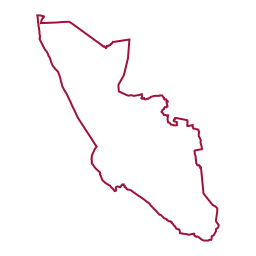 outline of Jevnaker nor, Oppland, Norway
{"feature_id": "86288312B26637374154815", "entity_name": "Jevnaker nor", "entity_type": "district", "adm_level": 2, "iso_a3": "NOR", "parent_name": "Norway", "parent_adm1": "Oppland", "projection": "mercator", "projection_center": [10.399, 60.283], "detail": "fine", "context": "isolated", "style": "outline", "palette": "rose", "viewbox_px": 256, "rotation_deg": 0, "n_neighbors": 0, "source": "geoboundaries", "source_scale": "gbopen_adm2", "svg_char_len": 5782}
<svg xmlns="http://www.w3.org/2000/svg" viewBox="0 0 256 256"><path d="M162.1,95.4L160.2,95.5L159.8,95.4L159.2,95.8L158.9,95.9L154.4,95.9L153.7,96.1L150.9,96.9L150.0,97.7L148.7,98.3L148.3,98.7L146.8,98.9L145.8,99.3L145.2,99.4L144.5,99.2L144.2,99.0L144.0,98.7L144.0,98.4L143.4,98.7L142.6,98.7L142.6,98.3L141.6,98.5L141.3,98.3L141.3,98.1L141.7,97.9L142.2,97.9L142.3,97.5L142.1,96.6L141.9,96.2L141.9,95.6L141.8,95.1L141.8,94.2L139.4,94.9L138.8,95.2L137.6,95.2L135.3,95.7L133.4,95.8L132.6,95.6L132.3,95.4L130.9,95.2L129.3,95.6L128.4,95.6L127.0,95.2L118.8,91.4L118.4,84.9L123.9,75.1L128.0,58.1L129.4,39.5L113.2,42.0L112.8,41.9L112.6,42.3L112.5,42.7L112.1,43.0L111.9,43.5L111.3,43.7L111.3,43.9L111.1,44.2L110.6,44.2L110.1,45.1L109.5,45.2L108.8,45.7L108.4,45.5L108.0,46.0L106.9,46.0L106.8,46.9L106.0,48.2L105.9,48.2L105.5,47.5L105.0,47.1L104.6,46.4L104.1,46.3L103.9,46.6L103.7,46.7L102.5,46.0L102.4,45.9L102.2,45.3L102.1,45.2L101.6,45.0L99.9,43.8L72.2,23.7L70.7,22.7L69.0,21.8L62.6,22.0L56.6,22.5L41.0,23.1L41.4,20.6L41.6,20.1L42.7,18.1L43.0,17.8L43.4,17.8L43.7,17.5L43.8,17.1L43.9,16.9L43.9,16.4L41.0,15.6L39.4,15.4L37.3,15.4L37.5,16.9L37.7,17.7L37.8,19.0L37.9,19.4L37.9,20.5L37.9,21.9L38.2,23.1L38.3,23.5L38.5,24.7L38.5,26.1L39.0,28.0L39.1,29.6L39.5,31.6L39.5,33.8L39.8,35.6L40.1,35.9L40.2,36.2L40.0,36.7L40.0,37.0L39.7,37.4L39.7,37.8L39.9,38.5L39.8,38.8L39.6,39.1L40.9,41.7L41.3,42.7L41.7,43.2L42.9,45.7L45.0,49.6L46.4,51.2L47.8,53.6L48.4,55.5L48.7,56.1L49.7,57.4L50.8,60.7L51.4,62.7L52.0,64.1L52.3,65.2L53.1,66.1L54.1,67.6L54.7,68.1L54.9,68.4L55.1,68.9L55.9,69.5L56.9,70.6L58.1,71.9L58.6,73.3L59.1,74.5L59.5,75.8L60.4,78.1L60.8,81.1L61.7,83.7L62.2,85.7L62.5,86.8L64.3,90.0L66.6,93.9L70.2,101.4L70.6,102.1L72.0,105.5L74.3,110.1L77.8,117.6L81.1,122.8L90.6,137.3L94.1,142.9L96.7,146.7L94.7,149.2L93.8,151.4L93.0,153.1L92.2,154.7L91.9,155.5L91.6,157.9L91.7,158.2L91.7,158.3L91.8,158.7L91.5,159.0L91.5,159.7L91.7,159.9L91.9,160.9L91.8,161.3L91.7,161.7L91.8,162.0L91.7,162.5L91.8,162.6L91.7,162.8L92.2,164.0L93.1,164.8L94.2,166.6L95.7,168.5L97.4,170.0L98.1,170.7L98.3,171.0L99.3,171.7L100.0,172.4L99.9,172.8L100.1,173.3L100.3,173.6L100.0,173.9L100.0,174.6L100.6,175.6L102.3,179.9L102.5,180.2L104.1,181.7L104.6,182.3L105.2,182.8L108.2,184.7L108.7,185.1L109.7,185.4L110.0,185.7L111.1,187.1L111.4,187.3L111.9,187.9L113.3,189.3L113.9,190.2L114.6,190.9L114.8,191.1L115.5,190.9L115.9,190.7L116.1,190.4L116.2,190.1L116.1,189.5L115.7,188.4L115.8,187.8L116.0,187.3L116.7,186.8L117.3,186.5L118.4,186.6L119.1,187.0L120.3,187.2L120.6,186.9L120.9,186.3L121.9,184.8L122.3,184.7L122.9,184.3L123.2,184.5L123.6,184.5L123.5,184.9L123.5,185.1L124.1,185.6L124.4,186.3L124.7,186.3L124.6,186.7L124.7,187.2L124.9,187.3L125.5,187.3L126.0,187.6L126.3,188.3L126.6,188.5L126.8,189.3L127.2,189.5L127.7,189.6L128.6,189.6L131.0,190.3L131.9,191.1L137.4,194.9L138.2,195.5L138.8,196.0L139.8,196.4L140.8,197.3L142.7,198.5L143.5,199.2L144.3,199.6L145.0,200.4L145.6,200.7L146.6,201.7L147.8,202.3L149.6,203.7L150.4,205.1L154.6,209.5L156.3,211.0L156.7,211.7L159.4,214.6L159.8,214.8L160.3,214.7L160.7,214.8L163.1,217.2L163.7,218.0L164.9,218.5L165.8,218.8L166.8,219.3L167.0,220.0L167.7,220.3L168.7,221.2L169.2,221.4L169.9,221.2L170.2,221.3L171.0,221.6L171.4,221.9L171.2,222.1L171.3,222.2L171.3,222.5L173.2,224.3L173.8,225.4L174.8,226.2L175.2,226.6L175.4,227.1L176.1,228.1L176.1,228.4L176.2,228.6L177.6,229.2L179.3,229.5L179.6,230.6L180.0,233.2L187.4,234.3L188.5,234.8L189.3,234.6L192.5,234.0L193.9,233.6L194.3,234.0L194.1,234.4L194.1,234.8L194.6,235.9L194.8,236.0L195.5,236.2L196.3,236.8L197.3,236.5L198.4,236.9L201.4,239.4L202.9,240.2L203.6,240.5L206.1,240.5L207.8,240.6L208.2,240.6L209.2,239.8L211.0,239.9L211.6,238.7L211.7,236.5L211.8,236.2L212.1,235.9L212.9,235.6L213.4,235.5L214.0,234.9L214.9,233.1L215.7,231.7L215.8,231.4L216.0,230.3L216.0,229.1L217.8,227.9L218.4,226.7L218.5,226.4L218.7,225.0L216.6,222.3L215.9,220.8L217.2,211.7L217.3,208.5L216.7,207.6L215.1,206.2L212.7,205.1L203.5,193.5L201.0,167.7L200.4,167.9L200.1,167.8L200.0,167.5L200.3,166.9L200.1,166.6L200.0,166.3L199.8,166.3L199.3,165.6L198.8,165.1L198.0,165.5L197.4,165.2L197.2,164.9L196.8,164.0L196.3,163.4L196.2,162.5L196.1,161.9L195.8,158.6L195.6,157.7L195.7,156.5L195.3,155.4L195.0,154.6L194.8,153.9L194.7,153.1L194.7,152.3L194.5,151.1L194.6,150.7L196.3,150.1L201.9,149.2L202.0,148.5L201.7,147.6L201.7,146.6L201.3,145.6L201.3,145.2L200.9,144.1L200.5,142.4L200.6,141.4L200.8,140.6L200.6,139.8L199.8,137.9L199.2,137.0L199.0,136.8L199.0,136.4L198.8,136.1L198.7,135.2L198.7,134.2L198.8,133.3L199.1,133.0L199.1,132.7L199.1,131.8L198.5,131.0L198.6,130.5L198.5,130.0L198.2,129.7L197.4,129.3L196.1,129.2L195.0,128.7L193.7,128.7L193.3,128.5L192.8,127.7L192.9,127.3L192.8,126.3L192.6,126.2L192.7,125.1L188.1,126.0L187.4,126.0L187.2,125.1L187.4,124.1L187.5,123.3L187.4,122.1L187.5,120.5L187.2,120.2L179.4,118.6L176.4,118.1L175.1,118.0L174.8,118.3L174.7,118.7L174.8,119.3L174.0,119.8L173.7,120.6L173.7,120.9L173.8,121.1L174.1,121.3L176.2,121.9L176.9,122.2L176.8,122.7L176.9,125.2L176.6,125.3L173.7,125.3L172.8,124.8L170.8,124.5L170.4,123.8L169.9,123.2L169.0,122.6L168.0,122.2L167.6,119.3L167.5,118.9L167.7,117.8L167.8,116.9L167.9,116.7L167.8,116.2L168.1,115.3L167.9,115.2L167.2,115.6L166.6,115.7L166.2,115.3L165.5,115.0L163.9,114.9L163.8,114.5L163.5,114.1L163.0,113.3L161.6,112.2L161.5,111.7L161.8,111.5L162.1,111.1L162.3,110.2L163.0,109.8L163.5,109.1L163.9,109.0L164.1,108.2L164.3,107.7L164.7,107.1L165.5,107.1L166.3,107.3L167.5,106.4L167.3,105.5L167.1,105.3L167.1,104.9L167.1,104.6L167.0,103.9L166.8,103.6L166.8,103.3L166.6,102.4L166.4,101.8L166.4,101.7L167.0,101.6L167.3,101.4L167.7,101.4L167.6,101.2L167.4,100.8L166.7,100.2L165.8,99.2L164.8,99.6L163.9,98.8L163.9,98.5L163.8,98.2L164.0,97.7L162.8,96.5L162.1,95.4Z" fill="none" stroke="#9f1239" stroke-width="2"/></svg>